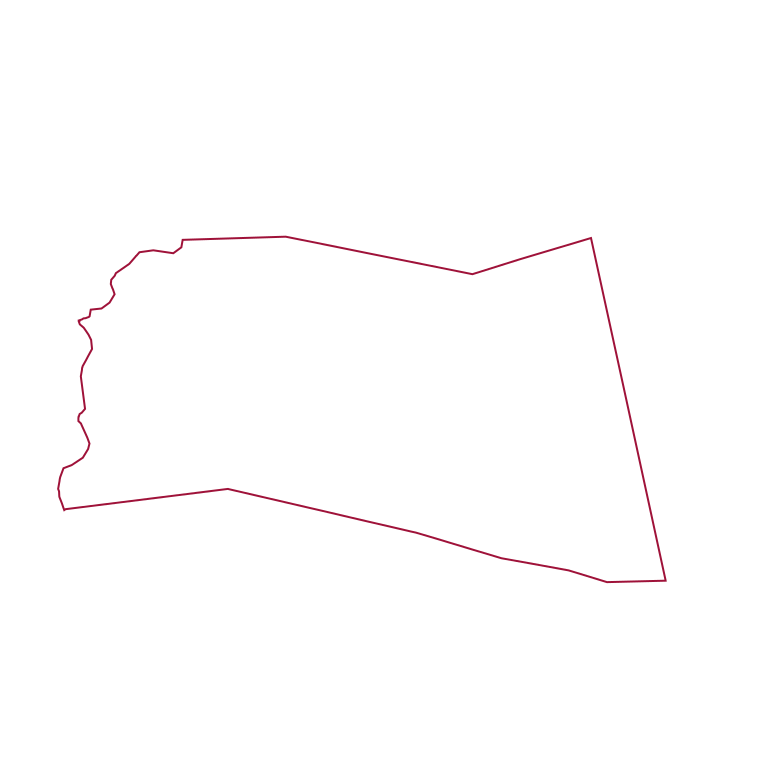 Reifi Hamashkureib, Kassala, Sudan, rotated 190°
{"feature_id": "16777658B48283750984727", "entity_name": "Reifi Hamashkureib", "entity_type": "district", "adm_level": 2, "iso_a3": "SDN", "parent_name": "Sudan", "parent_adm1": "Kassala", "projection": "albers", "projection_center": [36.838, 16.811], "detail": "fine", "context": "isolated", "style": "outline", "palette": "rose", "viewbox_px": 768, "rotation_deg": 190, "n_neighbors": 0, "source": "geoboundaries", "source_scale": "gbopen_adm2", "svg_char_len": 1339}
<svg xmlns="http://www.w3.org/2000/svg" viewBox="0 0 768 768"><g transform="rotate(190 384 384)"><path d="M72.5,239.2L72.7,239.8L148.9,425.9L166.0,467.5L205.5,563.7L271.9,530.4L316.0,507.5L423.4,510.0L451.4,510.7L506.4,512.0L607.3,491.0L607.3,483.4L614.2,476.2L634.4,475.6L647.7,471.3L650.1,467.3L650.4,467.1L650.9,466.1L655.7,458.1L667.3,446.6L668.0,443.8L670.7,439.3L670.4,435.0L667.9,430.8L667.5,430.4L664.9,425.6L668.4,416.5L675.3,409.3L685.7,406.3L685.7,399.5L686.4,398.7L688.0,397.8L689.3,397.0L691.4,396.4L692.6,395.2L695.5,393.6L694.9,393.0L695.4,392.5L693.9,389.9L689.5,387.3L687.1,384.9L683.6,381.3L681.0,377.8L680.1,376.6L677.6,367.8L680.4,359.5L681.5,356.0L683.9,349.1L683.9,348.2L684.1,347.4L683.9,345.2L683.9,338.9L674.1,307.6L676.7,303.2L678.5,301.6L678.8,299.7L679.1,299.1L678.9,298.8L679.1,297.7L678.5,294.4L675.6,292.5L674.7,291.1L666.9,279.7L663.7,274.2L664.1,268.6L667.8,259.1L677.5,249.9L685.0,245.4L686.7,236.1L686.8,233.9L686.7,232.0L686.7,224.1L685.5,222.1L685.3,221.6L684.3,217.1L684.0,216.3L680.4,210.4L678.5,206.9L677.0,204.3L675.9,205.4L675.3,205.6L519.4,253.6L518.8,253.5L438.5,249.2L423.0,248.4L400.3,247.1L376.6,245.8L335.3,243.6L331.9,243.4L326.9,243.2L299.7,240.1L293.2,239.3L267.2,236.2L238.1,232.8L205.4,232.7L169.8,232.5L130.0,227.6L72.5,239.2Z" fill="none" stroke="#9f1239" stroke-width="2"/></g></svg>